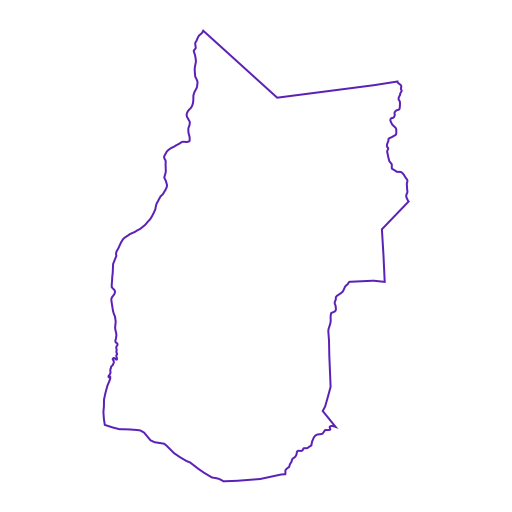 Curaren, Francisco Morazán, Honduras
{"feature_id": "27666195B74261140264311", "entity_name": "Curaren", "entity_type": "district", "adm_level": 2, "iso_a3": "HND", "parent_name": "Honduras", "parent_adm1": "Francisco Morazán", "projection": "mercator", "projection_center": [-87.56, 13.833], "detail": "fine", "context": "isolated", "style": "outline", "palette": "violet", "viewbox_px": 512, "rotation_deg": 0, "n_neighbors": 0, "source": "geoboundaries", "source_scale": "gbopen_adm2", "svg_char_len": 6031}
<svg xmlns="http://www.w3.org/2000/svg" viewBox="0 0 512 512"><path d="M384.7,281.9L383.5,255.7L381.9,229.3L408.6,201.5L408.0,200.7L406.8,198.1L406.3,196.8L406.2,196.3L406.2,195.6L406.4,194.9L406.7,193.9L407.2,192.8L407.4,192.1L407.4,191.0L407.1,189.4L407.1,188.0L406.8,184.2L406.9,183.2L407.4,181.5L407.4,180.7L407.3,180.1L406.9,179.4L405.7,177.8L403.8,174.7L402.8,173.5L401.9,172.6L401.1,172.1L400.4,171.9L398.2,171.9L397.0,171.8L396.6,171.7L396.3,171.5L395.5,170.8L392.4,169.0L391.9,168.6L391.8,168.2L391.8,165.0L391.7,164.2L391.5,163.9L389.3,161.1L388.0,156.0L387.6,153.6L387.1,151.7L387.2,151.1L388.1,149.0L388.2,148.2L388.0,147.7L387.4,147.3L387.1,146.6L386.9,145.9L386.9,145.1L387.3,143.6L388.2,141.3L388.5,140.0L388.5,139.2L388.6,138.8L388.8,138.6L389.5,138.1L391.7,137.2L393.0,136.4L395.5,135.0L395.9,134.6L396.2,133.7L396.3,132.2L396.3,130.3L396.2,129.2L395.9,128.4L395.4,127.6L393.0,125.4L392.0,124.2L391.5,123.2L390.5,121.0L390.4,120.5L390.4,119.9L390.6,119.0L391.1,118.4L391.6,118.1L392.6,118.0L393.3,117.7L393.7,117.4L394.0,117.1L394.4,116.2L394.7,115.2L394.8,114.5L394.5,113.6L394.5,113.0L394.7,112.2L395.1,111.6L395.7,111.0L396.3,110.5L397.4,110.0L398.4,109.8L398.9,109.6L399.3,109.2L399.6,108.5L399.7,107.9L399.9,105.9L400.0,103.3L399.9,102.2L399.8,101.6L398.6,99.3L398.6,98.5L398.7,97.8L399.0,97.0L399.4,96.1L400.1,94.9L400.1,93.9L401.2,91.7L401.6,91.2L401.6,90.4L401.0,89.1L400.9,88.6L401.0,87.7L401.3,86.9L401.3,86.4L401.1,85.8L400.7,85.0L398.3,83.1L397.7,82.4L397.5,81.5L373.9,85.2L277.2,97.7L203.2,30.7L202.4,32.3L201.9,33.0L200.9,34.0L199.6,35.0L198.7,36.0L198.0,37.3L196.2,41.4L195.7,41.9L195.5,42.4L195.3,43.0L195.2,43.7L195.4,45.4L195.7,47.2L195.7,48.1L195.4,48.6L193.9,50.5L193.8,51.0L193.8,51.4L195.1,55.4L195.6,58.4L195.9,60.6L195.9,61.8L194.9,67.0L194.7,68.8L194.7,70.5L195.1,75.6L195.4,77.1L196.3,78.6L197.3,81.1L197.5,81.9L197.5,82.7L197.2,85.5L196.8,87.7L196.1,89.0L194.5,92.0L193.9,93.7L193.4,95.5L193.3,100.4L193.1,102.1L192.9,103.3L192.5,104.6L191.9,106.3L191.1,107.6L190.4,108.4L189.0,109.8L187.8,111.3L187.0,113.1L186.6,114.5L186.7,115.4L186.9,116.6L189.6,121.5L189.8,122.3L189.8,123.0L189.6,124.1L189.5,125.2L188.4,128.2L188.3,129.9L188.4,132.4L189.6,137.0L189.7,140.3L189.6,140.8L189.4,141.1L189.1,141.4L187.8,141.8L186.2,142.0L184.2,141.8L182.8,141.8L182.2,141.9L181.6,142.2L180.7,142.7L179.1,143.8L176.0,145.4L173.5,147.0L171.8,147.7L170.7,148.3L169.7,149.0L168.4,150.0L167.4,150.9L166.8,151.6L164.5,155.7L164.2,156.4L164.1,157.1L164.2,157.7L164.3,158.2L164.8,159.2L165.4,160.2L165.7,161.1L165.6,164.4L165.7,168.2L165.8,170.3L165.8,171.6L165.5,173.0L165.1,174.6L164.5,176.5L164.3,177.7L165.8,180.8L166.8,184.2L167.0,185.3L166.9,186.2L166.6,187.4L166.2,188.4L165.7,189.2L165.5,190.0L164.6,191.2L163.5,193.2L163.0,194.0L161.9,195.2L160.5,196.4L160.0,197.5L159.0,199.1L158.1,201.0L157.0,202.8L156.6,203.6L155.9,206.0L155.4,209.0L155.0,210.0L154.0,212.3L152.4,215.5L150.7,218.4L149.8,219.6L147.9,221.6L146.0,223.9L145.0,225.0L143.4,226.3L140.3,228.8L139.5,229.3L137.4,230.3L134.9,231.9L129.7,234.2L128.5,235.2L126.1,236.7L124.4,237.9L123.5,238.7L122.7,239.7L121.0,242.5L118.2,248.6L117.1,250.4L116.6,251.4L116.2,252.7L116.0,254.0L116.1,254.7L116.4,255.7L113.1,264.0L112.7,273.2L112.3,276.3L112.1,280.2L111.7,285.2L111.8,287.3L113.3,288.9L114.2,289.8L114.9,290.9L114.9,292.7L114.2,294.4L112.0,297.2L111.3,299.1L111.6,302.1L113.0,310.9L113.9,314.0L115.0,316.6L115.7,321.6L115.1,327.7L115.5,330.3L116.3,333.8L116.4,335.6L115.9,338.6L115.3,341.0L115.5,341.7L115.9,342.5L117.2,343.4L117.4,343.8L117.5,344.2L117.5,344.7L117.3,345.2L116.8,346.0L116.4,346.7L116.2,347.3L116.7,350.2L116.3,351.9L116.4,352.3L116.9,353.3L117.1,353.9L117.0,354.4L116.5,355.0L116.3,355.6L116.6,357.4L116.9,358.3L117.0,359.0L116.9,359.3L116.8,359.5L116.6,359.6L116.3,359.6L114.8,358.5L114.1,358.1L113.7,358.0L113.1,358.4L112.7,359.0L112.7,359.3L112.9,359.7L113.2,360.2L113.6,360.6L113.7,360.9L113.8,361.9L113.8,362.7L113.2,364.0L112.9,364.8L112.7,365.2L111.3,366.4L111.1,366.9L111.0,367.6L110.9,368.2L110.7,368.6L110.4,369.0L110.3,371.1L110.5,371.9L110.5,372.8L109.7,374.5L109.3,375.2L108.7,375.8L108.5,376.5L108.5,376.8L108.7,377.1L109.1,377.4L109.7,377.4L110.2,377.1L110.3,378.3L109.4,381.0L107.4,385.7L105.5,392.7L104.0,399.6L103.9,406.6L103.4,412.1L103.9,419.0L104.8,424.9L112.5,427.4L119.4,429.2L125.1,429.3L130.3,429.5L135.6,429.9L140.2,430.4L144.1,432.6L150.5,440.3L154.5,442.2L164.1,443.7L166.4,445.5L174.1,453.2L180.0,457.2L186.6,461.1L190.0,462.4L198.3,468.8L204.1,472.8L212.0,477.5L215.8,478.1L218.8,478.8L222.0,480.4L223.4,481.3L237.1,480.8L260.2,479.0L281.2,474.5L285.3,474.2L285.4,473.4L285.4,470.7L285.6,470.0L286.2,469.2L287.1,468.4L288.0,467.7L288.9,467.2L289.1,467.0L289.9,464.3L291.6,461.6L291.8,460.3L292.3,459.2L292.6,458.8L293.0,458.4L294.7,457.3L295.6,456.2L296.1,455.4L296.5,454.4L296.9,452.0L297.2,451.5L297.5,451.1L297.8,450.9L298.3,450.8L300.8,450.9L301.5,450.9L301.9,450.7L302.3,450.5L302.6,450.2L303.3,448.8L303.7,448.3L304.4,448.2L306.9,448.2L307.3,448.1L307.8,447.8L309.1,446.8L311.2,445.6L311.5,445.2L311.4,444.5L311.8,443.2L312.0,441.8L313.6,438.0L314.2,437.0L314.7,436.3L315.2,435.7L316.0,435.2L316.9,434.7L317.6,434.5L320.9,434.1L321.7,434.0L322.4,433.7L322.7,433.4L324.4,431.1L324.9,430.3L325.1,430.1L326.1,430.0L327.6,430.1L328.7,430.0L329.4,429.9L330.0,429.7L330.3,429.2L329.7,427.3L329.7,426.9L329.9,426.6L330.5,426.3L331.4,426.0L332.6,425.9L334.0,426.4L334.7,426.6L335.6,426.9L322.7,411.0L325.1,406.6L327.9,396.8L330.6,386.8L329.3,355.6L329.0,340.5L328.3,331.2L328.5,329.2L330.2,323.9L330.5,322.3L330.7,320.6L330.6,316.5L330.9,314.4L331.0,313.6L331.2,313.1L331.8,312.8L333.9,311.9L335.0,311.3L335.5,310.7L335.8,309.9L335.9,308.4L335.5,305.5L334.9,304.0L334.7,303.2L334.7,302.6L334.8,301.8L335.3,300.8L335.7,299.7L335.8,299.2L335.8,297.8L335.9,297.2L336.1,296.8L336.5,296.3L337.0,295.8L341.0,293.1L342.1,292.2L342.6,291.7L343.3,290.6L345.1,286.6L346.2,285.4L347.7,284.2L348.0,283.8L348.6,282.6L349.5,281.8L373.6,280.7L384.7,281.9Z" fill="none" stroke="#5b21b6" stroke-width="2"/></svg>